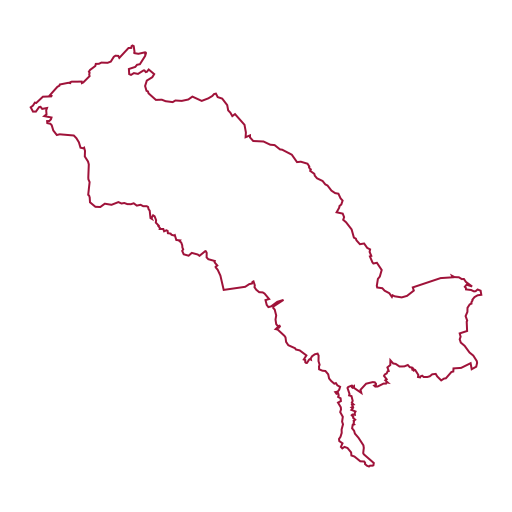 the district of Baia De Arama, Mehedinti, Romania
{"feature_id": "2599482B84787861269200", "entity_name": "Baia De Arama", "entity_type": "district", "adm_level": 2, "iso_a3": "ROU", "parent_name": "Romania", "parent_adm1": "Mehedinti", "projection": "orthographic", "projection_center": [22.806, 45.004], "detail": "fine", "context": "isolated", "style": "outline", "palette": "rose", "viewbox_px": 512, "rotation_deg": 0, "n_neighbors": 0, "source": "geoboundaries", "source_scale": "gbopen_adm2", "svg_char_len": 5991}
<svg xmlns="http://www.w3.org/2000/svg" viewBox="0 0 512 512"><path d="M471.7,369.2L476.2,366.7L477.1,362.9L476.8,361.1L473.3,355.6L469.5,352.5L464.6,345.8L460.8,342.6L459.7,339.3L460.6,336.7L459.7,333.4L467.1,331.0L466.7,321.7L467.2,320.6L465.6,316.1L467.4,311.9L467.5,307.8L469.7,304.4L471.5,303.6L471.4,302.3L472.5,300.5L472.4,299.7L474.5,297.1L477.6,295.3L481.3,294.8L480.6,290.7L477.6,289.5L475.6,291.2L474.0,291.4L471.1,290.0L466.0,289.4L465.9,288.0L464.8,286.8L466.6,284.7L472.1,286.5L465.9,281.9L463.9,279.0L461.8,279.1L458.9,277.3L454.5,277.1L452.0,275.8L452.7,277.3L440.6,278.1L412.8,287.4L413.8,290.6L407.0,295.9L401.7,297.4L394.6,296.3L392.6,295.3L391.9,296.9L389.3,293.2L384.6,290.7L382.3,288.2L377.2,287.5L376.8,285.8L377.9,278.9L379.8,276.6L381.7,270.0L376.9,262.8L373.4,263.5L372.4,262.3L369.9,256.4L371.3,255.9L369.6,251.9L370.1,249.4L367.2,247.9L364.1,243.5L359.9,244.2L356.4,240.3L355.9,238.7L353.9,237.6L351.6,229.4L346.1,222.3L343.2,219.8L344.1,217.1L342.7,213.6L336.6,212.3L339.2,207.7L339.5,206.0L341.3,204.5L342.6,200.6L340.6,198.4L338.4,193.7L335.1,193.1L331.4,190.6L327.5,185.5L325.3,184.4L322.6,181.0L317.0,178.3L314.8,175.7L314.3,173.8L310.2,170.9L310.8,169.4L309.8,168.7L309.0,167.1L309.3,166.5L307.5,163.7L300.8,161.7L297.0,162.1L291.8,154.7L282.2,149.7L280.0,149.4L274.6,145.1L270.2,144.7L263.5,141.5L253.2,141.0L250.0,137.4L250.0,135.4L245.6,137.2L245.9,132.5L244.5,124.8L235.0,114.1L232.3,116.1L230.4,112.7L228.2,110.4L227.2,105.1L222.2,98.6L217.7,97.1L215.9,93.6L214.0,94.1L212.3,96.0L208.2,98.4L201.7,100.9L192.4,96.6L188.3,99.5L181.7,100.9L175.4,100.5L172.7,102.1L165.6,101.2L161.8,99.7L155.9,99.9L148.5,93.3L148.0,91.5L146.5,90.8L145.1,86.0L146.8,80.6L152.3,77.2L154.2,74.1L148.7,69.5L147.0,71.7L145.8,72.1L144.4,70.4L143.6,70.4L138.0,73.9L133.9,73.1L131.0,74.9L129.2,74.1L128.9,69.0L135.3,66.9L137.0,64.8L139.9,64.2L145.1,56.0L145.8,53.7L145.3,53.6L145.7,52.6L145.1,52.3L138.4,53.8L134.7,53.2L134.2,52.9L134.5,51.6L133.7,46.1L132.5,45.5L131.6,46.1L131.3,47.9L128.5,48.0L119.3,57.9L118.3,55.9L115.5,55.7L113.8,56.8L110.8,61.6L107.6,62.8L101.4,62.6L98.9,63.8L95.8,63.9L95.3,66.0L90.1,69.9L88.9,71.7L89.6,72.8L89.2,74.4L89.6,76.1L83.2,82.5L81.9,83.1L81.7,81.6L71.7,81.7L70.3,82.2L70.2,83.1L68.3,82.8L59.8,84.5L59.4,85.7L57.4,86.8L49.9,95.2L51.5,95.9L51.2,96.4L42.9,96.7L36.2,103.0L34.9,102.6L32.9,105.7L30.7,107.3L33.0,111.6L35.9,111.6L39.1,107.1L40.5,106.8L42.2,108.9L47.0,108.0L46.2,110.3L46.5,114.3L44.3,116.1L51.5,117.5L50.9,119.4L49.3,121.0L47.1,121.1L47.3,123.1L50.4,123.8L51.7,125.2L53.3,130.5L56.8,135.0L59.7,134.3L73.8,135.5L76.4,138.2L78.9,142.3L80.5,147.7L83.3,148.3L84.1,147.7L85.0,150.9L84.8,156.5L88.0,161.5L88.8,164.4L88.3,177.3L88.4,179.3L89.6,182.1L88.2,194.8L89.1,195.6L89.7,197.5L90.0,202.3L95.4,206.8L100.3,207.0L104.8,203.7L111.5,204.8L118.4,202.1L121.5,203.5L124.3,203.0L127.3,204.1L130.9,204.2L133.7,203.3L136.8,205.6L140.6,204.8L143.2,206.2L146.7,206.2L148.1,207.0L148.5,209.0L149.7,210.7L150.5,218.1L151.9,218.9L151.5,218.0L153.1,215.3L154.6,216.3L156.1,220.2L155.8,222.6L158.7,225.6L158.3,226.0L159.9,228.0L159.7,229.0L163.3,229.0L164.1,231.3L166.4,230.3L167.6,230.9L167.9,233.2L170.6,233.6L171.5,234.8L174.1,235.5L174.8,235.1L176.3,240.0L180.1,240.4L179.6,241.2L181.2,242.5L182.2,245.2L182.4,247.6L183.2,249.3L182.2,250.9L183.7,254.3L188.6,255.7L191.8,252.9L197.7,254.5L199.5,255.8L205.3,251.1L205.9,251.3L206.7,252.9L206.6,257.4L208.3,259.2L214.8,261.0L214.5,261.9L215.2,263.1L217.3,265.5L215.6,266.8L215.7,267.4L217.7,269.8L220.4,275.6L223.7,289.9L245.2,286.8L249.3,284.1L252.0,283.5L252.5,281.9L253.5,281.4L254.8,285.3L254.5,287.2L256.2,289.7L259.2,292.2L262.7,292.4L264.5,293.5L269.1,299.0L265.5,300.1L266.7,304.9L268.4,307.1L271.1,306.4L277.3,301.8L283.5,299.9L273.4,306.5L273.2,307.9L274.7,309.6L276.2,315.5L275.5,319.5L276.2,324.1L277.8,326.2L279.5,325.7L279.9,326.4L278.9,327.7L277.0,327.9L275.7,329.1L277.7,329.6L284.5,335.9L285.5,337.4L286.1,341.9L288.3,345.2L295.0,348.2L295.9,349.5L299.7,350.4L306.4,355.4L303.8,359.5L305.2,360.0L305.3,362.3L306.2,363.0L307.0,362.9L309.1,359.6L309.9,359.1L310.9,359.6L310.7,358.6L312.0,356.3L314.8,354.3L317.6,353.6L318.6,355.6L318.5,361.1L319.6,364.8L319.0,366.4L319.1,369.3L322.4,370.7L325.4,371.0L328.2,374.3L329.1,378.5L331.2,381.0L334.3,383.7L335.9,383.1L337.4,385.4L340.1,386.8L339.2,389.7L337.7,391.6L335.3,392.1L336.5,393.8L338.2,393.4L338.7,395.3L338.1,396.9L340.6,398.3L340.9,401.1L338.0,402.6L340.8,407.3L341.0,409.5L340.2,412.1L342.8,416.8L342.1,421.6L343.0,424.3L341.6,429.5L341.7,432.9L340.5,436.8L339.0,439.0L339.3,441.1L342.5,443.3L340.9,446.9L342.3,448.4L344.5,446.9L347.5,448.0L351.1,452.4L351.4,455.5L354.4,456.5L360.3,461.3L364.2,461.5L365.1,462.8L365.0,464.0L366.9,465.7L369.0,466.5L370.0,465.7L372.5,465.7L373.4,465.3L373.8,463.0L363.8,454.3L363.2,453.1L363.8,447.9L363.4,445.3L358.5,437.8L354.9,433.6L354.1,430.8L352.1,428.3L352.7,424.9L354.2,424.4L353.5,423.5L354.0,421.8L353.6,420.9L355.2,419.7L353.1,417.8L353.3,416.9L351.7,415.2L352.5,414.5L354.9,414.8L354.7,413.2L355.5,411.5L351.4,409.9L352.9,408.0L351.7,407.4L352.9,406.7L352.0,404.7L353.5,404.4L351.8,402.7L352.7,400.9L351.5,396.1L349.1,395.4L349.5,393.9L347.5,388.0L348.2,387.0L351.7,385.6L352.3,385.7L352.0,387.3L352.7,387.8L354.0,386.5L354.0,387.9L361.3,392.9L360.5,389.8L366.1,383.7L372.7,382.1L374.8,382.3L376.0,383.8L375.9,384.8L374.2,385.6L375.3,386.6L377.7,386.5L383.5,383.6L386.0,383.6L386.5,382.4L387.8,382.6L385.3,380.3L386.7,379.3L384.0,375.9L384.8,374.5L386.7,373.4L387.6,371.3L388.7,371.0L387.4,367.4L390.3,365.0L390.4,360.3L393.2,363.5L395.7,363.9L399.5,366.5L404.3,366.4L407.8,365.0L409.8,367.2L411.8,367.5L412.2,369.0L412.9,368.3L413.5,369.1L413.1,370.1L413.7,370.6L414.4,369.7L415.2,370.0L418.3,374.9L418.0,377.0L420.1,377.4L420.5,376.4L422.2,375.7L423.7,377.0L427.3,377.0L429.8,376.3L432.2,374.3L435.7,373.9L437.2,376.4L441.2,380.4L444.0,378.6L445.9,378.3L451.4,372.0L453.3,371.5L453.5,368.4L461.1,367.9L470.6,363.2L471.7,369.2Z" fill="none" stroke="#9f1239" stroke-width="2"/></svg>